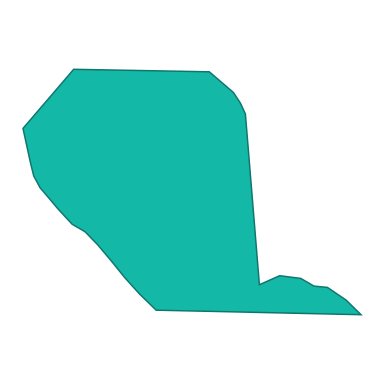 Santo Antônio dos Milagres, Piauí, Brazil
{"feature_id": "56859067B62795431008505", "entity_name": "Santo Antônio dos Milagres", "entity_type": "district", "adm_level": 2, "iso_a3": "BRA", "parent_name": "Brazil", "parent_adm1": "Piauí", "projection": "orthographic", "projection_center": [-42.703, -6.051], "detail": "fine", "context": "isolated", "style": "filled", "palette": "teal", "viewbox_px": 384, "rotation_deg": 0, "n_neighbors": 0, "source": "geoboundaries", "source_scale": "gbopen_adm2", "svg_char_len": 442}
<svg xmlns="http://www.w3.org/2000/svg" viewBox="0 0 384 384"><path d="M156.2,310.2L361.0,314.7L346.1,300.1L327.4,287.4L314.0,286.1L300.7,278.4L279.7,275.7L259.4,284.7L245.4,114.0L240.4,103.1L233.5,92.6L209.3,71.8L73.7,69.3L23.0,128.4L27.2,147.8L30.5,162.9L33.7,175.9L40.1,187.8L47.7,196.7L58.4,209.4L72.2,224.3L85.0,231.7L97.6,244.7L111.0,260.6L124.8,277.7L139.6,294.1L156.2,310.2Z" fill="#14b8a6" stroke="#0f766e" stroke-width="1.5"/></svg>